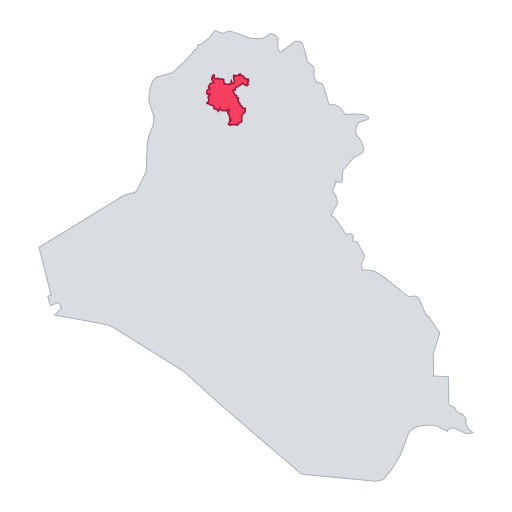 location of Al-Mosul, Ninawa, Iraq
{"feature_id": "34846034B66599568712680", "entity_name": "Al-Mosul", "entity_type": "district", "adm_level": 2, "iso_a3": "IRQ", "parent_name": "Iraq", "parent_adm1": "Ninawa", "projection": "natural_earth1", "projection_center": [43.075, 36.099], "detail": "fine", "context": "in_parent", "style": "filled", "palette": "rose", "viewbox_px": 512, "rotation_deg": 0, "n_neighbors": 0, "source": "geoboundaries", "source_scale": "gbopen_adm2", "svg_char_len": 7943}
<svg xmlns="http://www.w3.org/2000/svg" viewBox="0 0 512 512"><path d="M197.7,45.0L201.9,43.9L209.7,37.3L214.3,31.3L215.8,30.7L219.9,32.7L222.8,33.3L229.6,31.0L233.6,32.2L237.0,33.7L238.9,33.8L248.0,37.6L250.3,38.1L255.0,38.5L262.0,38.7L266.5,36.3L269.6,33.9L271.9,33.9L274.0,34.5L275.9,35.5L277.4,37.3L278.1,39.9L277.9,48.0L278.6,50.2L279.8,51.7L281.4,52.0L283.3,50.2L286.6,47.7L290.7,44.9L293.7,42.3L295.4,41.3L298.2,41.4L300.9,41.9L302.4,43.1L302.4,43.5L303.8,47.4L307.5,61.7L309.6,63.5L311.9,65.0L313.6,67.1L314.2,69.3L314.0,72.6L314.1,76.5L315.1,79.4L316.5,81.7L317.7,82.8L319.6,82.9L321.8,83.4L323.4,85.7L328.3,102.0L328.8,104.1L330.8,104.8L334.1,104.5L337.5,106.2L341.2,108.8L344.6,113.8L347.0,114.6L354.2,113.9L364.1,114.7L368.7,117.2L368.3,118.8L364.7,120.6L358.5,122.6L356.6,126.2L355.6,130.7L355.8,133.3L357.4,136.1L361.9,141.7L362.2,143.7L363.0,146.5L363.8,148.5L362.9,152.2L358.9,154.8L353.7,157.6L343.1,170.0L342.3,172.7L342.5,180.1L341.4,182.2L338.0,182.2L335.4,181.8L335.3,184.4L333.6,187.8L332.7,190.8L336.7,197.9L337.4,201.6L336.8,205.1L333.2,210.9L331.1,214.9L331.6,215.8L334.4,217.4L343.4,230.3L346.3,234.9L350.0,233.7L351.4,233.8L352.5,234.5L353.2,236.0L353.2,238.0L352.2,240.9L357.0,242.1L358.8,245.0L364.4,255.1L364.2,258.1L361.6,262.9L361.6,266.0L362.2,268.9L363.1,269.9L371.3,270.3L374.8,271.4L383.3,276.6L393.1,284.5L401.1,291.0L407.9,296.5L415.2,296.1L417.2,297.1L419.0,298.8L421.1,303.4L425.4,313.7L429.0,317.1L434.5,325.3L439.8,333.0L436.5,343.5L433.3,354.4L433.5,368.4L433.6,376.0L440.6,376.3L448.3,376.7L448.5,385.7L448.7,394.8L448.9,405.1L451.2,405.6L454.8,407.8L456.4,411.2L458.4,413.0L460.8,413.3L463.1,414.9L465.4,417.9L466.3,420.2L465.7,421.8L466.2,424.5L467.9,428.4L469.9,430.2L473.0,432.5L468.9,433.8L464.4,432.8L454.8,428.2L451.8,428.1L447.8,429.8L447.6,431.4L437.5,426.3L433.9,425.2L432.6,425.1L426.8,425.2L418.7,426.1L413.9,428.2L410.5,430.4L409.1,432.5L408.5,433.7L406.0,440.0L403.0,448.2L400.0,455.5L394.0,465.9L390.6,470.6L383.5,479.5L375.6,481.3L357.4,479.5L337.3,477.6L317.2,475.7L302.2,474.2L301.1,473.7L286.3,461.1L274.6,451.1L260.0,438.6L245.2,425.9L230.1,412.9L219.2,403.5L205.9,391.5L193.9,380.5L184.4,371.8L172.2,364.2L162.6,358.2L148.8,349.6L137.7,342.7L128.3,336.7L113.7,327.6L108.9,325.2L93.8,322.1L79.4,319.5L64.6,316.9L54.7,315.1L61.3,308.6L59.4,302.8L54.6,303.9L50.2,305.3L47.7,296.2L51.1,295.1L48.1,283.3L45.0,271.1L42.1,259.4L39.0,247.4L51.6,239.7L61.0,233.9L74.2,225.9L86.8,218.1L98.9,210.7L112.1,202.6L123.9,195.3L134.8,192.4L137.1,190.1L142.0,180.1L146.3,171.6L146.5,169.7L146.6,157.6L147.4,143.5L148.8,136.0L151.3,129.3L153.5,124.4L153.8,119.9L153.5,115.2L151.3,108.3L148.9,101.0L149.2,94.0L149.7,90.2L151.2,84.2L153.8,79.8L156.5,77.1L166.7,74.3L172.7,72.6L180.9,64.9L185.7,60.2L192.4,52.9L197.3,47.6L197.7,45.7L197.7,45.0Z" fill="#d9dde1" stroke="#a8b0b8" stroke-width="1"/><path d="M248.3,84.2L248.2,84.0L248.0,83.5L247.8,83.3L247.4,83.0L247.4,82.6L247.5,82.3L247.6,82.0L247.7,81.7L247.8,81.7L248.3,81.6L248.5,81.5L248.5,80.2L248.4,80.0L248.0,79.7L248.1,79.4L248.2,79.2L247.7,79.1L247.2,79.2L246.8,79.3L246.5,79.2L246.2,79.0L245.8,78.8L245.6,78.7L245.3,78.5L245.0,78.2L244.8,78.1L244.7,77.9L244.4,77.8L244.3,77.5L243.9,76.9L243.8,76.7L243.5,76.5L243.4,76.4L243.1,76.1L242.9,75.9L242.4,75.8L241.9,75.7L241.3,75.6L240.3,75.5L240.0,75.5L240.2,75.1L240.4,74.8L240.6,74.5L240.5,74.4L240.2,73.9L239.8,74.0L239.4,74.1L239.3,74.3L238.9,74.6L238.6,75.0L238.4,75.2L237.9,75.3L237.2,75.6L235.7,75.7L235.2,75.6L234.7,75.3L234.6,75.2L234.1,75.4L233.8,75.3L233.7,75.5L233.5,75.9L233.5,76.0L233.6,76.3L233.7,76.6L233.7,77.0L233.7,77.3L233.7,77.7L233.7,78.2L233.8,78.6L233.9,78.9L233.9,79.1L233.9,79.5L233.9,79.8L234.0,80.1L234.2,80.5L234.4,80.9L234.4,81.2L234.4,82.0L234.4,82.3L234.3,82.7L234.3,82.8L233.7,83.2L233.0,83.3L232.7,83.1L232.4,82.9L232.2,82.7L231.8,82.3L231.6,81.6L231.4,80.8L231.2,81.2L231.2,81.7L231.0,82.7L230.9,83.4L230.9,83.9L230.3,84.2L230.0,84.3L230.0,84.1L229.1,84.2L227.2,84.2L225.9,84.2L225.1,84.1L224.8,83.7L224.2,82.8L223.7,82.1L223.7,81.4L223.7,81.0L223.8,80.3L223.8,79.8L223.5,79.6L222.9,79.3L222.2,78.9L221.7,79.0L221.1,79.0L220.5,79.1L219.9,79.2L219.7,79.1L219.3,78.9L218.6,78.5L218.2,78.3L217.7,78.4L217.2,78.5L216.8,78.5L216.3,78.6L215.7,78.8L215.0,78.5L214.5,78.3L214.5,78.0L214.4,77.7L214.2,77.3L214.2,76.7L214.3,76.0L214.3,75.3L214.3,75.0L213.2,75.0L212.9,75.4L212.7,76.0L212.5,76.3L212.4,76.4L212.3,76.9L212.1,77.3L212.0,77.6L211.9,78.1L211.8,78.3L211.7,79.2L211.7,79.6L212.1,79.8L212.5,80.0L212.4,80.7L212.7,80.9L213.2,81.1L213.6,81.4L214.1,82.1L213.9,82.8L212.9,82.9L212.3,83.0L211.6,83.0L211.0,83.3L210.2,83.6L210.1,83.8L209.5,84.8L209.3,85.2L208.9,86.2L208.7,86.8L208.4,87.5L209.2,88.0L210.0,88.3L209.8,88.7L209.5,89.0L209.3,89.3L208.9,89.3L208.6,89.4L208.1,89.4L207.8,89.8L207.5,90.2L207.2,90.4L207.1,90.7L206.9,91.0L206.7,91.5L206.7,91.8L206.7,92.1L206.7,92.7L206.7,93.2L206.9,93.7L207.3,94.2L207.8,94.1L209.1,94.0L209.8,93.9L210.2,93.9L210.1,94.3L210.0,94.8L209.8,95.0L209.4,95.3L209.0,95.6L208.8,95.8L208.5,96.2L208.4,96.5L208.2,96.7L208.2,97.0L208.2,98.3L208.6,98.8L208.8,99.1L208.9,99.9L208.9,100.5L208.8,100.8L208.5,101.4L208.3,101.7L208.0,102.0L207.7,102.2L207.6,102.4L207.3,102.6L207.2,102.7L207.0,103.1L206.9,103.5L207.1,103.6L207.4,103.6L208.0,103.6L208.4,103.8L208.8,103.9L209.2,104.0L209.7,104.3L210.3,104.8L211.6,105.2L212.3,105.4L213.3,105.9L213.9,106.2L214.0,106.4L214.1,107.5L213.8,108.6L215.1,109.0L216.0,109.1L216.5,109.2L217.0,109.8L217.9,110.9L218.3,111.4L218.6,110.9L218.7,110.7L219.0,109.7L219.1,109.2L219.4,108.6L219.6,108.1L220.0,108.3L220.1,108.6L220.5,109.2L220.9,109.9L221.1,110.1L221.6,110.3L221.9,110.4L222.3,110.6L222.8,110.7L223.1,110.6L223.3,110.6L224.4,110.4L224.5,110.4L224.9,110.3L225.1,110.4L225.4,110.5L225.9,110.8L226.0,110.8L226.6,111.1L226.8,110.8L227.0,110.6L227.5,110.0L227.9,109.5L228.1,109.1L228.6,109.5L229.0,109.8L229.6,110.3L229.5,110.5L228.5,111.6L228.1,112.0L227.9,112.3L227.8,112.7L227.8,113.2L228.4,113.7L228.7,114.0L228.9,114.6L228.9,115.2L229.3,115.4L229.4,115.5L229.5,115.9L229.5,116.3L229.5,116.5L229.8,116.7L229.7,117.1L229.7,117.5L229.7,117.9L229.7,118.6L229.7,119.9L229.9,119.9L230.1,119.9L230.5,119.9L230.8,120.0L231.3,120.1L230.9,120.5L230.3,121.1L229.8,121.6L229.3,122.1L229.2,122.3L228.4,124.4L229.2,124.8L229.8,125.1L230.0,125.3L230.9,125.2L231.5,124.5L231.8,124.3L232.4,124.5L232.9,124.6L233.0,124.7L234.0,124.6L234.4,124.6L235.0,124.7L236.1,124.9L236.8,125.0L237.2,125.0L237.6,124.9L237.9,124.8L238.2,124.3L238.3,123.8L238.7,123.3L239.1,122.9L239.5,122.7L240.0,122.5L240.9,122.3L241.3,122.1L241.4,121.7L241.6,121.3L241.8,120.8L241.9,120.2L241.7,119.0L241.6,118.7L241.6,118.2L241.7,117.5L241.8,117.1L242.0,115.9L242.2,114.9L242.4,114.3L242.7,113.8L243.5,113.4L243.9,113.3L244.3,112.9L244.7,112.4L245.0,111.7L245.2,111.1L245.2,109.9L245.2,108.6L245.2,108.3L243.5,108.3L243.2,108.1L242.6,107.8L242.4,107.7L242.2,107.5L241.8,106.0L241.3,105.9L241.0,105.7L240.5,105.7L240.2,105.2L240.0,104.8L240.0,103.8L239.5,103.2L239.0,102.7L238.7,102.5L238.6,102.0L238.3,101.1L238.1,99.8L238.0,98.9L238.2,98.3L238.3,97.8L237.9,97.7L237.3,97.7L236.7,97.6L236.4,96.9L236.5,96.5L236.8,95.8L236.7,95.7L236.3,95.3L236.1,95.2L235.6,95.2L235.1,95.1L234.9,94.8L234.6,94.4L234.3,93.8L234.0,93.2L233.8,92.7L233.5,91.9L233.4,91.6L233.1,91.0L233.0,90.7L233.4,90.5L233.4,90.4L233.7,90.2L233.9,90.0L234.4,90.0L234.8,90.0L235.2,90.0L235.2,89.9L235.3,89.4L235.5,88.5L235.7,87.6L235.8,87.5L236.2,87.0L236.3,87.0L236.5,87.0L237.2,86.9L237.7,86.8L237.8,86.7L238.1,86.5L238.3,86.2L238.6,85.9L238.9,85.8L239.1,85.7L239.4,85.5L239.6,85.4L239.9,85.3L240.2,85.2L240.4,85.1L240.6,85.0L240.8,84.8L241.1,84.6L241.5,84.4L241.7,84.0L242.1,83.6L242.2,83.4L242.4,83.4L242.7,83.3L242.8,83.3L243.2,83.6L243.6,83.9L244.0,84.2L244.4,84.5L244.7,84.7L245.1,85.0L245.5,85.2L245.8,85.4L246.2,85.6L246.8,85.8L247.0,85.8L247.2,85.6L247.5,85.2L247.7,84.9L248.0,84.5L248.1,84.3L248.3,84.2Z" fill="#f43f5e" stroke="#9f1239" stroke-width="1.5"/></svg>